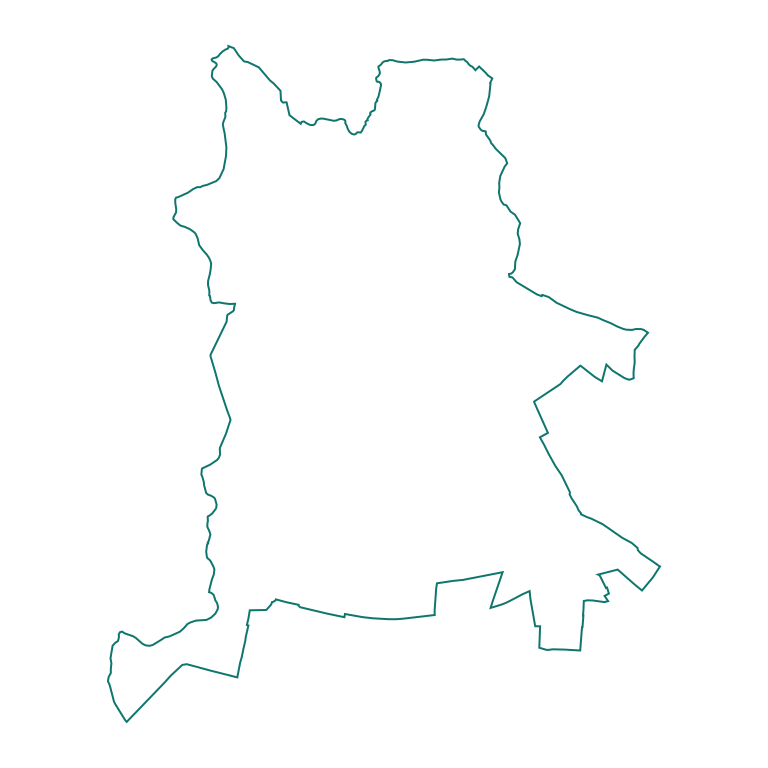 outline of Ludza, Ludzas, Latvia
{"feature_id": "27541924B46448426617043", "entity_name": "Ludza", "entity_type": "district", "adm_level": 2, "iso_a3": "LVA", "parent_name": "Latvia", "parent_adm1": "Ludzas", "projection": "orthographic", "projection_center": [27.71, 56.543], "detail": "fine", "context": "isolated", "style": "outline", "palette": "teal", "viewbox_px": 768, "rotation_deg": 0, "n_neighbors": 0, "source": "geoboundaries", "source_scale": "gbopen_adm2", "svg_char_len": 6040}
<svg xmlns="http://www.w3.org/2000/svg" viewBox="0 0 768 768"><path d="M602.0,381.3L606.4,364.6L612.5,370.6L624.5,378.1L628.9,379.7L630.3,379.5L633.7,378.2L633.5,373.0L633.9,368.2L634.7,362.7L634.5,357.1L634.7,349.9L638.6,345.4L638.9,344.4L644.5,336.8L648.0,332.8L643.8,329.9L641.2,329.1L636.0,329.0L632.1,329.9L626.4,329.7L623.2,328.9L616.8,326.3L610.8,323.2L603.1,320.1L597.9,317.7L587.3,315.0L576.5,311.9L569.9,309.1L556.6,302.8L548.8,297.1L542.3,294.9L541.7,296.2L536.9,294.4L516.6,282.2L512.5,277.5L509.4,276.8L509.0,274.0L510.9,273.7L512.7,272.5L514.9,269.2L515.3,261.6L517.6,254.9L519.9,244.1L519.4,239.3L517.7,233.8L518.1,229.5L520.2,223.2L515.0,214.7L510.6,211.7L506.4,205.3L503.6,204.5L501.5,201.5L500.4,199.2L498.9,192.4L499.4,187.7L499.2,182.7L500.3,176.0L504.7,166.5L507.2,163.3L505.3,158.1L495.9,149.0L492.5,144.5L491.3,143.4L490.2,140.4L486.0,134.5L485.7,131.5L485.1,131.2L482.6,130.9L480.8,129.7L478.7,126.8L478.6,125.2L479.0,123.5L479.8,121.2L483.7,114.3L486.0,107.7L488.2,100.0L489.2,96.1L489.6,92.4L490.5,83.5L490.1,83.2L492.3,78.4L487.9,75.4L485.8,72.9L479.1,66.5L475.4,70.2L472.5,66.8L470.8,66.0L469.2,64.8L467.0,61.9L465.7,61.1L463.8,59.2L459.7,59.6L456.7,59.6L452.3,58.6L446.4,59.5L441.8,59.5L433.9,60.5L427.6,59.8L423.2,59.7L414.3,61.7L405.7,62.5L397.5,61.6L392.2,60.1L388.8,60.1L387.7,61.0L386.0,60.9L383.6,61.7L382.7,62.4L380.9,64.7L378.5,66.5L378.4,66.8L378.5,67.9L379.5,70.7L379.9,73.0L379.4,74.4L378.5,75.8L377.9,76.5L376.3,77.6L376.1,78.8L376.7,81.3L377.6,81.9L378.3,81.7L379.6,82.2L380.9,83.7L381.0,85.4L379.5,92.3L378.4,96.9L376.8,100.0L377.3,100.9L376.0,102.1L375.4,103.2L375.0,108.8L374.4,110.4L372.2,111.2L370.6,112.3L370.1,113.2L370.6,114.3L368.0,118.0L367.4,119.2L367.7,120.3L366.3,120.8L365.5,121.9L365.7,124.7L364.3,126.0L362.0,130.9L360.7,132.5L358.6,132.3L357.1,132.5L355.5,134.1L354.1,134.5L351.7,133.8L349.2,131.6L347.7,128.7L346.7,125.7L345.3,123.2L345.4,121.5L345.2,120.7L344.4,119.8L342.5,119.1L339.9,119.0L336.2,120.5L333.8,120.8L323.2,118.6L320.7,118.6L318.3,119.2L317.3,120.0L316.2,121.2L315.3,123.6L314.3,124.6L312.9,125.1L310.5,125.0L309.3,124.6L306.0,122.9L304.2,121.6L303.5,121.5L301.7,121.9L301.2,122.4L300.7,123.8L289.5,115.2L286.6,102.4L286.2,102.2L283.2,102.6L282.7,102.4L281.0,100.4L280.5,90.8L273.6,83.4L270.0,80.5L258.9,67.4L247.7,62.0L244.0,61.4L238.5,55.2L233.8,48.1L228.4,46.1L228.6,47.3L227.8,48.6L225.4,49.6L222.8,51.3L220.2,53.7L218.6,55.8L217.7,56.6L216.5,57.4L212.8,58.4L211.7,59.3L211.7,59.9L212.0,60.6L212.5,61.1L215.8,63.0L216.3,63.5L216.7,64.5L216.5,65.7L215.9,66.7L213.8,68.8L212.5,70.5L211.9,75.0L211.9,76.6L212.9,78.7L216.7,82.1L222.2,89.5L224.0,93.6L225.8,99.8L226.4,107.7L226.1,111.4L225.2,112.8L225.4,116.9L223.4,121.9L222.8,124.3L223.7,129.2L224.6,133.0L226.4,147.4L226.0,156.1L223.6,169.1L219.4,178.1L216.2,181.1L207.0,184.9L202.8,185.9L200.2,187.2L197.3,187.1L193.1,189.1L187.9,192.7L178.7,196.9L176.0,197.7L175.2,199.4L175.3,203.0L176.2,209.1L176.1,212.3L173.5,217.2L173.3,219.2L176.7,222.5L180.4,225.6L184.9,226.9L189.8,229.1L194.0,232.1L195.7,233.9L197.6,238.2L199.2,245.2L202.7,250.0L206.8,254.6L209.1,258.0L210.2,260.5L211.1,263.1L211.1,264.9L210.6,269.6L209.9,273.8L208.1,281.0L208.0,284.9L209.2,290.0L209.4,292.6L209.2,295.5L209.9,295.9L210.6,300.4L211.8,302.6L214.0,303.2L219.1,302.4L224.5,303.4L229.7,304.0L235.0,303.8L234.1,307.8L233.9,310.0L233.1,311.2L228.0,314.5L227.2,315.4L226.6,321.7L210.5,354.9L210.6,356.5L215.4,372.6L218.9,385.7L227.4,411.1L229.9,417.7L230.5,420.0L225.9,433.9L219.9,447.9L219.8,449.2L220.1,454.6L218.9,457.7L217.2,459.9L210.1,464.7L202.1,468.5L201.9,469.0L201.5,473.2L201.4,474.8L202.3,476.7L203.8,481.9L204.0,484.9L206.2,493.0L208.1,494.7L210.8,495.6L213.7,497.3L215.0,498.7L216.6,504.5L216.3,507.6L215.6,509.1L212.3,513.4L209.9,515.3L207.9,516.4L207.6,517.5L207.8,518.8L207.9,520.7L207.4,523.8L207.3,526.7L209.6,531.8L210.4,534.7L209.7,536.8L209.6,537.9L208.6,541.0L207.7,542.8L208.2,543.1L207.0,545.2L206.2,551.7L206.9,557.0L207.4,558.2L209.2,559.5L210.6,561.2L213.4,566.5L214.4,569.4L213.8,574.3L211.7,580.2L210.6,584.7L209.4,589.3L209.1,592.2L210.6,592.6L212.4,593.7L213.6,594.9L215.1,599.3L215.3,600.3L217.1,603.1L218.0,606.8L217.7,609.3L215.3,613.7L211.1,617.6L206.5,619.9L195.9,620.6L190.5,622.4L187.5,624.0L184.1,627.9L179.9,631.7L169.5,636.4L164.7,637.5L160.6,640.2L152.7,645.0L149.5,645.8L145.7,645.4L142.6,643.9L135.9,638.0L133.0,636.2L124.8,633.4L122.1,631.6L120.0,632.2L118.7,634.5L119.0,636.2L118.6,638.8L117.9,641.1L115.3,642.8L112.6,645.7L110.5,658.2L111.4,663.4L110.8,669.1L110.8,673.1L108.7,676.9L108.1,680.1L108.0,681.4L109.4,684.3L110.2,687.0L114.0,701.6L115.2,704.0L125.2,720.2L126.7,721.9L165.0,682.1L170.7,675.7L182.3,664.9L186.8,664.2L209.7,670.4L237.3,677.4L240.2,662.4L241.7,657.4L243.5,648.5L245.2,641.3L245.8,636.8L248.4,625.5L246.9,625.0L248.4,618.6L249.8,610.3L265.9,610.0L266.9,609.4L271.3,604.3L272.0,602.1L273.2,601.9L275.6,600.3L275.9,599.4L286.7,602.3L298.6,604.8L298.5,605.6L300.1,607.2L327.5,613.7L344.4,617.2L344.9,614.0L362.4,617.1L373.0,618.3L388.8,619.2L396.6,619.2L403.9,618.6L434.7,615.0L434.6,610.8L436.2,588.3L437.0,583.3L453.0,580.9L463.0,579.9L502.6,572.2L492.8,600.9L490.6,607.9L501.2,604.7L505.8,602.9L510.3,600.7L522.6,594.2L529.6,591.1L530.5,599.5L535.2,626.2L540.1,626.3L539.3,647.7L546.2,649.8L548.4,649.9L552.8,649.3L564.7,649.6L580.2,650.5L581.7,631.0L582.1,627.0L582.5,627.1L583.4,615.6L583.0,615.6L583.5,609.0L583.8,601.0L587.5,600.3L592.9,600.5L604.5,602.1L608.1,601.1L604.6,595.9L608.9,593.6L607.4,588.7L606.9,587.5L606.0,588.0L599.7,575.4L598.1,574.6L617.7,569.6L634.4,584.3L642.0,590.5L652.9,577.4L660.0,566.4L658.8,565.8L653.4,561.9L640.8,553.4L637.9,550.2L637.5,547.9L631.8,543.0L622.2,537.8L602.8,524.3L591.4,518.7L587.2,517.2L581.0,514.3L580.9,513.1L578.7,510.5L576.9,506.4L571.5,498.2L569.6,494.4L569.9,493.0L569.8,492.0L561.7,475.3L555.2,465.7L548.7,454.0L544.1,444.8L539.9,437.3L547.9,432.9L534.1,402.0L534.2,401.5L560.5,384.0L563.3,380.7L567.4,376.7L580.3,365.7L580.8,365.9L594.6,376.8L602.0,381.3Z" fill="none" stroke="#0f766e" stroke-width="2"/></svg>